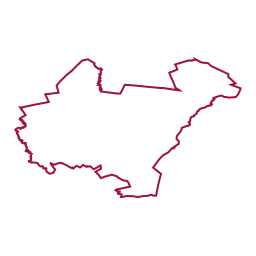 Ķoņu pag., Nauksenu, Latvia
{"feature_id": "27541924B96049400347386", "entity_name": "Ķoņu pag.", "entity_type": "district", "adm_level": 2, "iso_a3": "LVA", "parent_name": "Latvia", "parent_adm1": "Nauksenu", "projection": "equal_earth", "projection_center": [25.349, 57.938], "detail": "fine", "context": "isolated", "style": "outline", "palette": "rose", "viewbox_px": 256, "rotation_deg": 0, "n_neighbors": 0, "source": "geoboundaries", "source_scale": "gbopen_adm2", "svg_char_len": 5499}
<svg xmlns="http://www.w3.org/2000/svg" viewBox="0 0 256 256"><path d="M67.3,74.3L60.5,81.0L56.6,85.6L58.6,92.7L45.3,94.3L48.8,102.0L34.5,104.7L21.4,107.5L20.3,107.4L21.2,108.4L20.8,108.5L22.1,110.4L22.3,110.3L25.6,115.1L20.0,118.3L20.0,118.6L20.2,118.9L20.2,119.0L19.9,119.1L19.7,119.4L20.1,119.8L20.9,119.9L21.5,119.8L22.3,120.0L22.5,120.7L22.2,120.9L23.0,121.2L22.7,121.5L22.3,121.5L22.6,121.9L22.5,122.0L22.5,122.4L23.2,122.8L23.2,123.0L24.0,122.8L24.0,123.2L24.3,123.4L24.9,123.6L25.2,123.3L25.4,123.4L25.5,123.6L25.0,123.9L24.7,124.0L24.8,124.3L24.5,124.4L25.1,124.8L25.1,125.1L25.7,125.5L25.8,125.8L25.2,126.1L24.8,126.9L23.5,127.0L23.7,127.5L23.7,127.8L23.3,127.9L22.5,127.5L21.8,127.5L21.4,127.8L21.4,128.4L20.6,128.9L20.3,128.9L19.9,128.0L18.3,127.7L17.6,128.3L16.7,128.6L15.5,129.5L15.4,129.6L15.4,130.1L16.1,130.6L16.5,131.2L16.8,131.2L17.4,131.1L17.8,131.2L18.1,131.5L18.0,131.9L16.9,132.5L16.7,133.0L16.8,133.4L17.7,134.2L18.2,134.9L18.3,135.7L18.1,135.7L18.0,135.9L18.2,136.2L18.3,136.5L19.2,137.3L18.7,138.3L19.4,138.7L19.6,139.3L19.5,139.7L19.6,139.9L20.0,140.1L20.5,139.9L20.9,140.0L21.1,140.1L21.2,140.5L20.9,140.7L21.3,140.9L21.8,140.4L22.3,140.4L22.5,140.5L21.9,141.9L21.6,142.1L21.6,142.3L22.1,142.8L24.5,143.7L24.7,143.4L24.3,143.0L25.1,142.8L25.6,143.0L26.0,144.3L25.7,145.2L25.7,145.9L25.8,146.2L26.7,146.8L26.6,147.4L26.9,147.8L26.7,148.2L26.6,148.8L27.2,149.5L26.0,150.5L25.6,151.0L25.9,151.4L26.2,151.4L27.3,151.1L28.1,150.5L28.4,150.5L28.7,150.9L28.7,151.4L29.7,151.8L29.5,152.0L28.5,152.1L28.4,152.4L28.7,152.8L29.6,153.1L30.5,153.1L31.0,153.3L31.2,153.8L31.7,154.0L30.4,156.0L30.5,156.3L31.2,156.8L31.2,157.0L31.3,157.4L31.2,157.5L30.7,157.7L31.1,158.6L31.0,159.2L31.1,159.5L30.8,159.6L30.8,159.9L31.0,160.2L30.7,160.7L30.3,160.8L30.4,161.3L28.8,161.1L28.8,161.4L29.0,161.7L30.1,162.0L30.8,162.4L31.7,162.6L32.9,162.5L34.3,162.5L35.8,162.8L37.1,162.9L37.6,163.1L37.9,163.6L38.4,164.4L40.1,166.2L40.9,166.5L42.3,166.2L42.8,166.3L43.1,166.6L43.2,168.2L43.4,168.5L44.6,168.3L45.6,168.1L46.2,168.3L46.4,168.5L46.4,168.9L45.9,169.8L45.9,170.0L46.7,171.5L46.9,172.0L47.4,172.4L48.4,172.7L49.2,173.5L49.6,173.7L51.2,173.5L52.0,173.2L52.6,172.8L53.4,172.8L55.2,169.5L53.6,167.8L50.6,163.4L50.8,163.2L52.6,164.0L53.7,164.8L59.3,162.9L60.5,162.8L61.6,163.2L61.8,163.0L67.4,165.7L70.1,167.4L70.5,167.3L71.7,168.0L72.4,167.5L73.3,168.5L76.6,165.8L80.1,167.5L83.1,165.0L86.6,166.8L87.3,166.2L88.0,166.7L90.1,166.2L93.8,169.3L100.4,165.5L100.8,166.3L101.0,168.7L95.5,171.9L98.6,174.8L100.9,178.1L105.0,176.6L111.9,174.7L116.6,176.2L117.8,177.3L118.9,177.9L118.8,178.0L122.6,180.1L127.4,181.2L128.3,182.6L130.2,186.6L116.1,189.6L115.5,190.2L116.6,190.8L117.4,191.2L119.8,191.5L119.8,191.8L117.7,192.2L118.2,194.0L121.4,194.2L121.8,194.9L121.3,196.2L121.0,197.0L123.0,196.9L126.3,196.0L133.6,196.2L135.4,196.7L139.0,197.0L141.1,196.4L143.1,196.1L145.7,195.9L147.2,196.0L147.9,195.8L150.5,194.9L151.2,194.8L151.8,194.9L152.3,195.3L153.5,195.7L155.8,195.5L156.1,195.6L156.7,192.7L156.8,191.8L158.9,181.9L161.0,173.9L153.1,167.6L159.1,159.4L162.5,155.9L163.8,154.8L168.3,152.4L172.4,147.8L173.7,148.4L174.3,147.9L174.5,147.6L174.3,146.7L178.7,143.9L178.9,141.2L176.6,139.2L176.6,138.0L176.9,136.0L180.6,131.4L181.1,130.0L181.4,129.7L181.6,128.7L182.0,128.1L181.9,127.9L183.8,127.0L185.3,126.6L187.1,125.7L188.2,125.8L189.8,125.0L189.8,124.6L190.0,124.2L189.4,123.5L189.6,123.0L188.8,122.5L188.7,122.4L188.8,122.1L190.1,121.1L190.3,119.4L191.0,117.2L191.6,116.9L194.0,116.2L194.0,115.4L196.4,113.9L196.9,112.7L197.0,112.2L197.2,111.5L198.4,111.1L198.6,110.4L199.7,109.1L200.7,108.7L201.3,108.3L202.0,108.4L202.5,108.3L202.8,108.0L205.7,107.2L206.3,106.4L208.2,106.1L208.4,105.7L208.6,105.6L209.2,105.6L209.7,105.6L209.9,105.4L210.9,105.3L210.9,104.9L211.8,104.2L210.7,103.7L210.6,103.4L211.0,103.2L210.9,102.7L211.4,102.2L211.6,101.9L211.5,101.4L211.9,101.1L212.1,100.6L213.0,100.5L213.1,100.3L213.4,100.1L213.4,99.7L213.6,99.5L214.3,99.5L214.4,99.2L213.7,99.0L213.6,98.5L213.4,98.3L213.6,98.1L213.7,97.9L214.1,97.9L214.8,97.5L219.9,95.8L222.2,95.7L223.8,96.8L229.3,97.6L235.6,97.1L235.9,96.9L238.0,94.5L239.7,91.1L240.6,88.3L231.1,84.8L235.5,83.4L228.2,76.8L228.3,74.1L210.9,65.9L208.3,63.3L201.2,62.4L194.8,59.0L195.1,59.8L191.9,60.3L191.9,60.6L188.3,60.5L175.1,64.5L175.7,65.3L176.7,67.9L177.4,69.4L176.2,70.0L171.2,72.0L170.3,72.2L169.3,72.7L170.0,74.7L170.0,74.8L173.5,82.6L175.6,88.0L176.1,88.2L176.9,88.8L178.5,89.5L179.6,90.4L166.7,88.6L164.1,88.1L160.2,88.0L131.1,85.2L124.8,84.8L120.4,93.6L116.8,93.5L101.8,91.6L102.0,91.3L101.9,91.2L101.0,91.0L101.2,90.7L101.0,89.9L100.8,89.8L100.3,90.0L99.9,89.9L99.9,89.7L100.1,89.5L101.3,89.1L101.5,89.0L100.8,88.4L99.9,88.3L99.6,88.0L99.9,87.7L100.7,87.5L100.7,87.4L100.0,86.9L100.5,86.4L100.4,86.1L100.7,85.3L100.6,85.0L100.1,84.9L98.5,85.0L98.6,84.9L98.9,84.7L98.0,83.7L98.8,83.5L98.9,83.4L98.6,83.0L98.8,82.8L99.4,82.6L99.3,82.4L98.7,81.9L99.4,81.7L99.0,81.4L98.9,81.1L99.9,80.7L99.3,80.4L99.0,79.3L99.3,79.1L100.2,78.8L100.5,78.4L100.3,78.1L100.4,77.6L100.2,77.4L99.3,77.6L99.1,77.5L99.2,77.2L100.0,76.6L100.3,75.8L100.1,75.4L99.2,74.7L99.2,74.4L99.5,74.2L100.7,74.2L100.9,74.1L100.6,73.4L101.0,72.7L100.5,71.1L100.6,70.8L100.9,70.4L101.9,70.0L102.0,69.7L101.5,69.5L101.6,69.1L101.4,68.7L100.7,68.4L100.0,68.5L98.6,69.0L97.9,68.7L97.4,67.7L96.2,67.3L96.0,66.7L95.4,66.5L95.0,66.1L95.0,65.7L94.1,64.4L94.5,63.2L87.9,59.3L82.2,60.6L76.7,65.8L71.5,71.1L71.4,71.0L68.2,73.7L67.3,74.3Z" fill="none" stroke="#9f1239" stroke-width="2"/></svg>